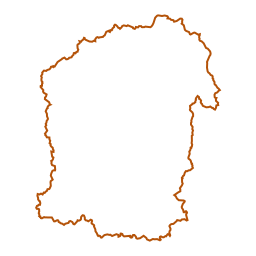 the district of Aluminé, Neuquén, Argentina
{"feature_id": "61730980B74102790629524", "entity_name": "Aluminé", "entity_type": "district", "adm_level": 2, "iso_a3": "ARG", "parent_name": "Argentina", "parent_adm1": "Neuquén", "projection": "albers", "projection_center": [-71.146, -39.13], "detail": "fine", "context": "isolated", "style": "outline", "palette": "amber", "viewbox_px": 256, "rotation_deg": 0, "n_neighbors": 0, "source": "geoboundaries", "source_scale": "gbopen_adm2", "svg_char_len": 5726}
<svg xmlns="http://www.w3.org/2000/svg" viewBox="0 0 256 256"><path d="M215.0,109.6L215.9,108.0L216.4,105.4L218.2,105.1L217.9,103.6L218.1,102.8L216.0,100.9L215.9,99.2L216.4,98.0L215.4,97.9L214.7,97.2L214.5,94.8L215.3,93.2L217.3,92.4L218.6,90.8L219.8,90.1L218.6,88.6L217.4,87.7L215.8,85.1L215.0,84.7L214.5,83.9L214.5,82.0L213.2,80.0L213.3,79.0L212.6,78.4L212.7,76.7L212.3,75.7L210.7,75.0L209.4,73.2L208.3,72.5L207.6,71.2L207.0,67.6L207.2,63.0L207.0,62.0L209.5,56.1L210.4,54.8L210.6,53.3L210.1,51.4L207.8,48.7L206.0,47.9L203.7,43.3L201.6,41.3L200.0,40.8L199.3,39.7L199.6,38.6L199.2,37.8L199.2,36.2L199.7,35.4L199.8,34.2L198.3,34.7L194.7,32.6L193.6,32.8L190.6,34.5L189.9,34.2L189.1,32.1L186.1,30.9L184.9,29.8L183.8,25.3L181.7,23.7L182.2,23.1L182.1,21.1L182.5,19.8L181.8,18.7L180.2,18.6L176.7,21.0L174.1,21.7L173.4,20.2L171.0,19.8L170.0,18.7L167.5,18.4L168.0,17.1L167.4,16.2L164.7,15.5L162.0,16.0L158.5,15.4L157.6,15.5L157.0,15.8L155.2,17.7L153.5,23.0L152.6,24.9L151.4,26.5L150.4,27.2L145.3,26.6L144.4,27.1L142.3,27.2L141.8,27.1L141.2,26.2L139.1,26.1L138.0,27.4L135.9,27.0L135.7,27.9L134.8,28.9L133.1,28.3L133.0,27.5L127.8,25.3L126.7,26.1L123.8,25.4L122.2,26.1L121.6,27.3L120.0,28.8L119.4,28.0L118.4,27.9L117.2,26.2L115.6,24.8L114.9,24.7L114.1,25.6L114.1,27.1L112.7,28.2L112.1,29.2L112.2,29.8L111.7,30.3L110.5,30.1L109.9,30.4L110.2,31.3L109.9,32.0L109.1,31.6L108.7,30.8L106.3,31.8L104.7,35.4L103.6,36.0L103.0,36.9L99.4,37.4L98.8,37.8L97.6,37.1L96.5,37.5L95.2,39.3L95.3,41.2L93.9,40.7L92.2,41.7L89.5,41.5L85.7,39.8L84.8,39.1L84.6,38.0L84.0,37.8L83.3,39.5L81.6,40.8L81.1,41.7L79.6,41.3L79.9,42.0L79.6,43.3L77.6,44.6L77.4,45.4L77.6,48.3L78.3,49.7L77.8,50.6L77.6,51.7L76.3,52.0L75.5,53.3L74.6,52.9L73.8,53.1L73.5,54.8L72.4,55.8L71.5,57.3L69.1,57.8L68.6,58.6L67.3,59.2L66.2,59.3L64.5,57.6L62.2,58.6L61.9,59.1L57.6,62.0L54.6,66.6L53.4,66.1L53.1,67.0L52.2,66.5L51.0,66.8L50.7,67.8L49.5,69.3L47.2,70.0L46.3,70.9L43.9,70.6L42.2,72.6L42.4,74.0L41.1,76.1L41.8,77.4L41.4,79.0L41.5,80.8L42.4,81.9L42.1,82.8L42.5,83.2L42.0,84.3L42.0,85.8L40.7,86.0L40.6,87.0L43.3,90.1L43.1,91.7L43.8,92.8L46.6,94.4L46.0,96.5L45.0,97.5L44.9,99.1L49.1,102.2L49.9,104.5L50.3,104.7L49.0,105.3L47.9,106.4L47.5,107.3L47.7,108.1L46.9,108.6L45.7,111.3L46.9,113.8L47.0,116.2L47.9,118.5L47.8,119.4L46.7,120.8L46.4,122.7L45.7,123.9L46.3,125.2L45.3,126.6L47.2,130.6L45.0,133.7L45.5,134.3L45.3,135.1L46.4,136.2L46.8,137.3L49.4,137.5L49.5,139.6L50.2,140.7L49.6,143.3L50.7,144.1L50.5,145.4L51.2,146.5L52.7,147.7L52.9,149.2L53.6,150.3L53.5,151.9L51.3,151.5L52.2,156.7L53.4,157.5L52.9,159.4L52.2,160.4L51.2,161.0L51.6,161.7L51.4,163.4L52.1,165.1L54.9,166.1L55.2,169.8L55.0,170.4L53.6,170.3L52.4,170.9L51.3,173.4L50.8,175.6L52.7,179.6L50.7,181.2L50.5,182.2L50.8,185.9L49.6,188.6L49.1,189.1L47.5,189.2L46.8,191.0L45.7,191.6L44.7,192.9L43.7,192.6L42.6,194.5L41.0,193.6L39.4,194.5L37.7,194.0L37.4,195.8L38.1,197.9L38.1,199.3L39.0,200.8L39.8,201.2L40.3,203.1L40.0,204.8L38.6,204.8L38.0,205.7L37.0,205.9L36.2,207.7L36.8,208.8L38.7,208.9L39.1,209.4L39.2,211.7L38.9,212.2L38.8,213.5L39.3,214.0L39.2,215.0L39.8,216.1L39.6,216.3L40.2,216.5L40.1,217.1L40.7,217.4L40.9,218.1L41.9,218.3L44.1,217.1L44.7,217.4L51.9,217.5L54.0,221.3L54.9,221.4L57.0,220.3L57.8,220.2L58.3,220.6L58.7,222.0L59.9,222.5L60.5,223.2L62.3,223.7L64.0,224.9L65.3,223.7L68.5,222.9L69.2,221.4L70.3,221.0L72.3,222.0L73.5,224.1L74.5,224.3L77.3,221.2L77.6,220.3L78.9,220.7L80.4,220.0L81.0,219.1L81.1,217.1L82.1,215.7L82.8,215.2L84.0,215.6L84.8,217.6L84.8,219.2L85.7,220.3L86.9,220.5L88.3,221.3L90.7,219.7L91.8,220.2L92.1,221.0L91.5,223.0L91.7,223.5L94.0,225.1L94.2,225.8L94.0,226.5L95.3,229.3L95.5,231.3L96.8,233.2L97.7,235.4L98.2,236.0L98.8,235.6L100.2,236.1L100.8,237.4L101.2,237.6L101.7,237.6L104.4,235.1L107.3,234.4L109.3,234.9L110.3,234.7L112.1,236.0L116.4,234.2L118.3,234.9L118.5,236.7L120.0,236.1L120.4,235.5L120.6,233.6L120.9,233.5L122.3,234.0L122.7,235.2L124.1,236.4L130.4,235.8L131.1,236.5L130.8,236.9L130.2,237.0L130.9,237.6L131.7,237.6L132.3,237.0L133.1,235.0L134.4,235.0L135.9,236.7L136.3,238.2L137.3,238.7L140.1,238.2L143.6,235.8L146.3,237.9L147.0,239.4L149.8,240.6L152.9,239.0L154.5,239.3L157.1,239.1L159.9,240.3L160.7,239.7L159.8,237.9L160.0,236.8L160.9,236.4L162.4,237.2L163.7,237.3L165.4,236.1L166.1,236.3L167.6,234.2L168.6,234.3L169.9,235.9L170.2,235.4L170.0,234.5L169.3,232.9L169.6,231.1L170.4,230.1L170.5,228.7L169.4,226.1L170.0,225.1L171.3,224.1L173.4,223.9L176.7,221.0L177.2,220.1L180.5,220.8L181.8,219.5L184.6,219.2L186.6,220.5L187.5,220.1L186.1,214.9L186.3,213.9L187.0,212.8L186.9,212.2L186.0,211.2L185.3,211.4L184.8,212.2L183.7,212.2L183.0,209.5L182.1,208.3L181.7,207.0L182.8,204.0L184.7,201.6L184.7,201.1L183.7,200.5L178.8,200.2L176.9,198.5L175.8,196.3L174.3,195.1L178.3,192.3L180.3,191.3L180.3,189.4L179.9,188.2L181.9,185.4L182.7,183.6L182.1,182.2L182.0,179.4L182.5,178.5L181.9,178.1L181.9,177.6L182.6,177.1L183.1,175.9L184.0,175.4L184.8,172.7L185.9,171.1L187.3,171.2L188.5,170.4L190.1,170.2L192.9,167.9L192.3,166.6L192.5,165.3L191.7,164.2L192.0,163.5L191.2,162.8L190.9,161.1L190.2,159.9L188.5,158.6L188.4,158.1L188.4,157.3L189.7,153.9L189.3,151.5L190.1,150.5L190.6,148.6L191.1,148.2L190.7,147.5L191.8,146.8L192.2,144.6L191.6,143.1L191.9,141.0L191.8,135.8L192.7,135.0L192.3,132.7L193.0,130.4L192.3,129.2L192.6,126.9L191.0,124.6L191.0,122.9L191.5,122.0L191.3,120.6L192.5,116.9L193.1,116.2L193.1,114.0L192.4,112.4L190.1,110.3L189.9,109.7L190.3,108.4L190.0,105.9L192.3,104.2L192.5,103.6L193.8,103.4L195.3,102.2L195.2,101.7L196.0,99.8L195.7,99.3L196.0,98.2L197.6,96.0L199.0,97.1L199.1,98.8L200.2,99.3L201.1,100.7L200.7,102.2L201.3,103.5L201.9,103.8L202.8,105.8L206.3,107.3L208.7,107.1L210.3,106.5L211.9,107.8L212.9,107.9L213.8,109.0L215.0,109.6Z" fill="none" stroke="#b45309" stroke-width="2"/></svg>